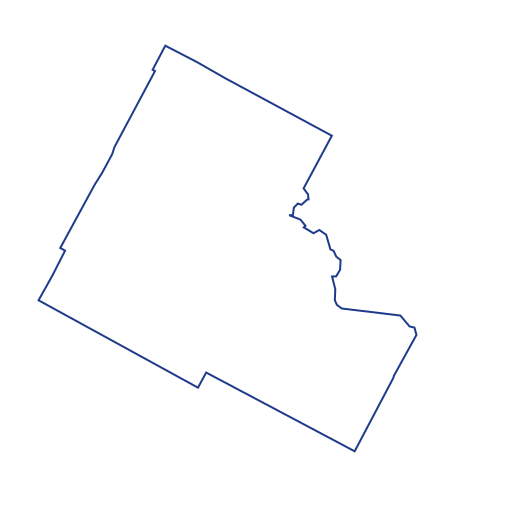 Itasca, Minnesota, United States of America (Robinson projection), rotated 208°
{"feature_id": "52423323B57415420837442", "entity_name": "Itasca", "entity_type": "district", "adm_level": 2, "iso_a3": "USA", "parent_name": "United States of America", "parent_adm1": "Minnesota", "projection": "robinson", "projection_center": [-93.745, 47.462], "detail": "fine", "context": "isolated", "style": "outline", "palette": "blue", "viewbox_px": 512, "rotation_deg": 208, "n_neighbors": 0, "source": "geoboundaries", "source_scale": "gbopen_adm2", "svg_char_len": 760}
<svg xmlns="http://www.w3.org/2000/svg" viewBox="0 0 512 512"><g transform="rotate(208 256 256)"><path d="M427.2,114.8L245.4,112.5L245.3,129.7L77.2,129.9L77.5,212.7L78.0,215.1L77.3,261.7L82.5,267.2L87.4,265.9L100.6,271.2L155.6,249.9L161.6,250.8L165.6,253.9L170.4,263.9L179.2,273.6L175.7,275.6L175.3,283.3L179.4,292.1L184.8,293.1L189.9,297.0L193.4,296.8L204.0,307.7L212.3,308.7L215.9,303.1L227.2,303.7L226.5,305.9L233.8,309.0L245.9,307.6L242.6,309.4L245.3,316.5L243.7,321.9L239.9,322.6L237.3,329.9L236.2,330.7L239.1,334.9L245.7,338.0L245.5,397.8L366.2,398.5L399.2,399.5L434.8,399.1L434.7,371.9L432.0,371.9L432.1,285.7L430.8,278.4L430.9,257.4L431.9,243.6L432.6,171.2L427.1,171.1L426.6,142.9L427.2,114.8Z" fill="none" stroke="#1e3a8a" stroke-width="2"/></g></svg>